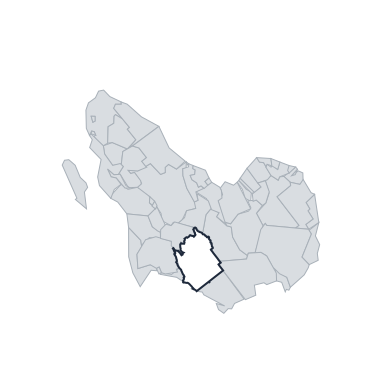 location of Sudan within Africa, rotated 142°
{"feature_id": "SDN", "entity_name": "Sudan", "entity_type": "country or territory", "adm_level": 0, "iso_a3": "SDN", "parent_name": "Africa", "parent_adm1": "", "projection": "equal_earth", "projection_center": [30.131, 15.434], "detail": "fine", "context": "in_parent", "style": "outline", "palette": "slate", "viewbox_px": 384, "rotation_deg": 142, "n_neighbors": 49, "source": "natural_earth", "source_scale": "50m", "svg_char_len": 14409}
<svg xmlns="http://www.w3.org/2000/svg" viewBox="0 0 384 384"><g transform="rotate(142 192 192)"><path d="M241.4,200.2L256.8,214.9L256.7,229.8L259.9,237.0L257.6,239.3L243.2,241.7L240.8,233.5L232.1,229.3L228.9,222.1L228.1,214.2L232.2,209.7L231.2,201.0L241.4,200.2Z" fill="#d9dde1" stroke="#a8b0b8" stroke-width="1"/><path d="M123.0,90.8L122.3,96.4L113.2,96.2L112.2,105.8L109.6,106.1L108.6,113.5L96.8,114.7L110.9,89.8L123.0,90.8Z" fill="#d9dde1" stroke="#a8b0b8" stroke-width="1"/><path d="M228.1,214.2L232.1,229.3L226.3,230.0L225.3,242.8L228.9,244.3L229.1,248.5L221.8,242.0L207.3,240.0L205.9,225.2L201.1,223.8L198.0,227.9L193.5,228.2L190.1,219.6L178.0,219.3L182.1,214.2L185.0,216.0L189.1,210.4L193.8,198.2L196.5,179.9L199.2,176.7L207.8,180.6L217.3,175.8L222.3,175.9L225.4,179.6L229.2,178.4L233.4,187.8L229.6,194.1L228.1,214.2Z" fill="#d9dde1" stroke="#a8b0b8" stroke-width="1"/><path d="M263.8,203.1L262.1,185.5L265.4,179.8L273.7,176.8L281.8,165.0L269.7,160.4L266.4,155.0L268.1,151.5L272.4,155.5L291.1,149.3L288.4,164.7L281.8,179.9L263.8,203.1Z" fill="#d9dde1" stroke="#a8b0b8" stroke-width="1"/><path d="M256.8,214.9L241.4,200.2L244.7,189.0L241.7,179.8L245.4,174.8L253.7,182.3L264.6,181.1L262.1,185.5L263.8,203.1L256.8,214.9Z" fill="#d9dde1" stroke="#a8b0b8" stroke-width="1"/><path d="M212.5,120.1L212.4,135.4L210.0,135.1L206.7,147.1L209.3,152.7L195.0,165.5L187.1,167.3L183.4,159.0L187.8,157.3L185.5,144.2L182.6,140.2L187.7,131.5L190.0,117.1L187.4,107.7L190.3,105.6L212.5,120.1Z" fill="#d9dde1" stroke="#a8b0b8" stroke-width="1"/><path d="M192.4,306.6L193.7,304.7L198.3,308.3L202.2,306.1L201.8,292.4L204.7,300.1L206.7,299.7L211.3,294.3L217.9,295.1L228.4,282.4L233.4,283.0L235.4,290.9L235.1,296.4L232.9,296.0L231.9,299.8L233.6,301.8L237.9,299.8L236.1,307.2L225.2,321.8L218.7,326.0L210.1,325.7L203.5,329.0L198.9,326.7L198.0,317.8L192.4,306.6ZM227.2,308.0L224.7,307.6L221.8,311.3L224.8,313.8L227.2,308.0Z" fill="#d9dde1" stroke="#a8b0b8" stroke-width="1"/><path d="M227.2,308.0L224.8,313.8L221.8,311.3L224.7,307.6L227.2,308.0Z" fill="#d9dde1" stroke="#a8b0b8" stroke-width="1"/><path d="M233.4,283.0L224.4,280.1L216.5,265.8L221.6,266.5L230.8,257.2L238.1,261.8L237.5,275.6L233.4,283.0Z" fill="#d9dde1" stroke="#a8b0b8" stroke-width="1"/><path d="M228.4,282.4L217.9,295.1L211.3,294.3L206.7,299.7L204.7,300.1L201.8,292.4L201.5,281.4L204.3,281.3L204.1,267.7L216.5,265.8L224.4,280.1L228.4,282.4Z" fill="#d9dde1" stroke="#a8b0b8" stroke-width="1"/><path d="M201.5,281.4L202.2,306.1L198.3,308.3L193.7,304.7L192.4,306.6L189.0,301.1L185.6,282.4L177.7,264.1L215.9,265.2L204.1,267.7L204.3,281.3L201.5,281.4Z" fill="#d9dde1" stroke="#a8b0b8" stroke-width="1"/><path d="M95.2,143.2L92.9,138.8L97.8,132.1L102.3,131.6L108.6,139.2L110.0,147.7L95.0,147.9L94.8,144.9L103.5,143.5L95.2,143.2Z" fill="#d9dde1" stroke="#a8b0b8" stroke-width="1"/><path d="M110.0,147.7L108.6,139.2L110.3,136.3L127.9,135.8L128.2,99.8L132.5,99.8L153.7,119.7L153.6,122.1L156.8,121.8L154.3,135.6L140.6,137.9L131.9,143.7L127.3,155.7L119.6,156.4L116.8,148.2L113.7,150.0L110.0,147.7Z" fill="#d9dde1" stroke="#a8b0b8" stroke-width="1"/><path d="M96.8,114.7L108.6,113.5L109.6,106.1L112.2,105.8L113.2,96.2L122.3,96.4L123.0,90.8L132.5,99.8L128.2,99.8L127.9,135.8L110.3,136.3L108.6,139.2L102.3,131.6L96.7,133.4L98.6,118.2L96.8,114.7Z" fill="#d9dde1" stroke="#a8b0b8" stroke-width="1"/><path d="M150.4,171.9L148.0,172.3L147.6,160.6L145.2,155.4L151.5,148.5L154.0,154.3L150.7,163.0L150.4,171.9Z" fill="#d9dde1" stroke="#a8b0b8" stroke-width="1"/><path d="M187.4,107.7L190.0,117.1L187.7,131.5L182.6,140.2L185.5,144.2L184.3,147.5L181.2,143.2L169.4,146.2L159.2,142.1L155.3,143.4L153.6,150.7L146.3,146.1L144.8,138.0L154.3,135.6L156.8,121.8L179.5,105.4L185.3,109.1L187.4,107.7Z" fill="#d9dde1" stroke="#a8b0b8" stroke-width="1"/><path d="M150.4,171.9L156.1,142.6L169.4,146.2L181.2,143.2L185.4,149.1L176.8,169.0L169.5,171.1L167.2,177.7L159.6,179.7L155.1,171.8L150.4,171.9Z" fill="#d9dde1" stroke="#a8b0b8" stroke-width="1"/><path d="M185.2,146.1L187.8,157.3L183.4,159.0L187.6,166.2L184.7,177.9L188.9,189.7L170.5,187.5L167.2,178.8L168.0,174.9L172.1,168.8L176.8,169.0L185.2,146.1Z" fill="#d9dde1" stroke="#a8b0b8" stroke-width="1"/><path d="M145.7,153.3L148.0,172.3L145.6,173.2L142.9,154.4L145.7,153.3Z" fill="#d9dde1" stroke="#a8b0b8" stroke-width="1"/><path d="M143.1,153.2L145.6,173.2L134.1,176.8L134.5,153.4L143.1,153.2Z" fill="#d9dde1" stroke="#a8b0b8" stroke-width="1"/><path d="M119.6,156.4L125.0,155.2L134.7,158.6L134.1,176.8L119.9,179.3L120.4,174.0L117.5,171.0L119.6,156.4Z" fill="#d9dde1" stroke="#a8b0b8" stroke-width="1"/><path d="M103.7,147.1L113.7,150.0L116.8,148.2L119.6,156.4L118.5,166.3L115.8,167.7L114.4,162.9L112.2,163.7L110.6,157.0L104.3,161.5L99.2,153.1L103.7,147.1Z" fill="#d9dde1" stroke="#a8b0b8" stroke-width="1"/><path d="M95.0,147.9L103.7,147.1L103.4,150.1L99.2,153.1L95.0,147.9Z" fill="#d9dde1" stroke="#a8b0b8" stroke-width="1"/><path d="M118.1,166.3L117.5,171.0L120.4,174.0L119.9,179.3L109.2,169.8L113.0,163.4L115.8,167.7L118.1,166.3Z" fill="#d9dde1" stroke="#a8b0b8" stroke-width="1"/><path d="M104.3,161.5L110.6,157.0L113.0,163.4L109.2,169.8L104.3,161.5Z" fill="#d9dde1" stroke="#a8b0b8" stroke-width="1"/><path d="M127.3,155.7L131.0,144.6L140.6,137.9L144.8,138.0L146.3,146.1L149.6,147.0L145.7,153.3L134.5,153.4L134.7,158.6L127.3,155.7Z" fill="#d9dde1" stroke="#a8b0b8" stroke-width="1"/><path d="M222.3,175.9L213.7,176.4L207.8,180.6L199.2,176.7L196.3,182.7L192.4,181.8L189.1,187.6L184.6,175.0L187.1,167.3L195.0,165.5L209.3,152.7L211.0,161.3L222.3,175.9Z" fill="#d9dde1" stroke="#a8b0b8" stroke-width="1"/><path d="M196.3,182.7L193.8,198.2L189.1,210.4L185.0,216.0L179.2,214.0L177.2,216.3L174.8,212.1L177.0,210.0L175.9,207.4L179.1,204.2L183.2,206.2L184.5,201.7L182.7,196.3L184.0,191.8L181.1,191.3L180.5,187.6L188.9,189.7L192.4,181.8L196.3,182.7Z" fill="#d9dde1" stroke="#a8b0b8" stroke-width="1"/><path d="M175.3,187.6L180.2,187.3L181.1,191.3L184.0,191.8L182.7,196.3L184.5,201.7L183.2,206.2L179.1,204.2L175.9,207.4L177.0,210.0L174.8,212.1L168.0,200.9L170.0,192.5L175.3,192.3L175.3,187.6Z" fill="#d9dde1" stroke="#a8b0b8" stroke-width="1"/><path d="M170.5,187.5L175.3,187.6L175.3,192.3L170.0,192.5L170.5,187.5Z" fill="#d9dde1" stroke="#a8b0b8" stroke-width="1"/><path d="M232.1,229.3L239.4,234.5L237.7,250.2L239.3,251.2L230.5,254.4L230.8,257.2L221.6,266.5L210.6,264.9L206.7,259.4L206.7,247.1L212.7,247.1L212.3,239.4L221.8,242.0L229.1,248.5L228.9,244.3L225.3,242.8L225.5,232.5L227.1,229.5L232.1,229.3Z" fill="#d9dde1" stroke="#a8b0b8" stroke-width="1"/><path d="M238.0,232.8L242.4,236.4L243.1,249.7L246.4,253.7L244.4,262.2L242.8,253.7L237.7,250.2L240.1,237.8L238.0,232.8Z" fill="#d9dde1" stroke="#a8b0b8" stroke-width="1"/><path d="M243.2,241.7L251.6,241.9L259.9,237.0L261.0,254.0L257.1,261.9L243.6,273.6L245.3,290.0L238.4,294.6L237.9,299.8L235.7,299.8L233.4,283.0L237.5,275.6L238.1,261.8L231.0,258.6L230.5,254.4L239.3,251.2L242.8,253.7L244.4,262.2L246.4,253.7L243.1,249.7L243.2,241.7Z" fill="#d9dde1" stroke="#a8b0b8" stroke-width="1"/><path d="M235.7,299.8L233.6,301.8L231.9,299.8L232.9,296.0L235.7,299.8Z" fill="#d9dde1" stroke="#a8b0b8" stroke-width="1"/><path d="M177.2,216.3L179.3,216.1L178.0,219.3L177.2,216.3ZM178.4,220.5L190.1,219.6L193.5,228.2L198.0,227.9L201.1,223.8L205.9,225.2L207.3,240.0L212.7,240.6L212.7,247.1L206.7,247.1L206.7,259.4L210.6,264.9L177.7,264.1L182.9,240.8L178.4,220.5Z" fill="#d9dde1" stroke="#a8b0b8" stroke-width="1"/><path d="M231.4,206.0L232.2,209.7L228.1,214.2L227.1,207.7L231.4,206.0Z" fill="#d9dde1" stroke="#a8b0b8" stroke-width="1"/><path d="M285.5,243.7L288.5,257.9L286.5,258.0L277.7,293.1L272.9,295.5L269.2,293.3L267.6,285.0L271.1,272.3L269.9,264.5L271.4,259.9L276.8,258.2L285.5,243.7Z" fill="#d9dde1" stroke="#a8b0b8" stroke-width="1"/><path d="M94.8,144.9L100.0,142.1L103.5,143.5L94.8,144.9Z" fill="#d9dde1" stroke="#a8b0b8" stroke-width="1"/><path d="M174.0,80.1L169.8,66.4L173.1,56.4L176.1,55.0L177.6,57.2L180.0,55.9L176.9,65.6L180.1,69.9L174.0,80.1Z" fill="#d9dde1" stroke="#a8b0b8" stroke-width="1"/><path d="M123.0,90.8L123.7,85.4L145.3,73.0L144.3,62.6L147.1,60.7L154.6,57.6L173.1,56.4L169.8,66.4L173.3,73.6L174.6,83.3L172.5,95.6L174.9,102.0L179.5,105.4L160.9,120.1L153.6,122.1L153.7,119.7L123.0,90.8Z" fill="#d9dde1" stroke="#a8b0b8" stroke-width="1"/><path d="M248.5,140.0L249.6,130.2L254.0,126.2L256.6,134.2L267.8,146.7L265.7,147.3L258.9,139.6L248.5,140.0Z" fill="#d9dde1" stroke="#a8b0b8" stroke-width="1"/><path d="M110.9,89.8L121.8,81.4L123.8,71.9L131.1,66.4L134.6,60.5L144.3,62.6L145.3,73.0L123.7,85.4L123.2,89.8L110.9,89.8Z" fill="#d9dde1" stroke="#a8b0b8" stroke-width="1"/><path d="M249.4,110.9L215.9,110.9L216.9,75.5L227.1,78.0L232.7,75.5L235.3,77.8L241.6,76.8L243.5,83.0L241.5,89.2L236.4,82.1L246.0,103.7L245.5,106.8L249.4,110.9Z" fill="#d9dde1" stroke="#a8b0b8" stroke-width="1"/><path d="M216.2,74.3L215.8,118.5L212.5,120.1L190.3,105.6L185.3,109.1L174.9,102.0L172.5,95.6L175.5,76.2L180.1,69.9L190.1,73.0L191.2,76.2L200.2,80.2L205.3,71.4L216.2,74.3Z" fill="#d9dde1" stroke="#a8b0b8" stroke-width="1"/><path d="M281.8,165.0L273.7,176.8L257.9,183.0L248.0,179.0L238.6,165.9L248.5,140.0L251.9,140.8L252.7,137.9L263.5,143.8L265.7,147.3L264.1,153.1L267.0,153.6L269.7,160.4L281.8,165.0Z" fill="#d9dde1" stroke="#a8b0b8" stroke-width="1"/><path d="M265.7,147.3L268.5,147.9L267.0,153.6L264.1,153.1L265.7,147.3Z" fill="#d9dde1" stroke="#a8b0b8" stroke-width="1"/><path d="M241.4,200.2L228.8,201.8L233.6,181.6L241.7,179.8L243.1,182.5L244.7,189.0L241.4,200.2Z" fill="#d9dde1" stroke="#a8b0b8" stroke-width="1"/><path d="M231.2,201.0L232.2,205.5L227.1,207.7L227.9,202.9L231.2,201.0Z" fill="#d9dde1" stroke="#a8b0b8" stroke-width="1"/><path d="M232.4,182.7L229.2,178.4L224.1,179.1L212.2,162.6L217.8,155.6L220.6,159.3L227.0,159.6L230.0,156.1L233.9,157.9L236.9,153.0L236.0,149.5L239.3,148.7L241.5,162.3L238.6,165.9L245.4,174.8L239.9,181.6L232.4,182.7Z" fill="#d9dde1" stroke="#a8b0b8" stroke-width="1"/><path d="M241.8,159.3L241.3,159.3L241.3,159.2L241.2,159.1L241.2,158.7L241.3,158.3L241.5,157.8L241.5,157.7L241.4,157.4L241.5,157.2L241.5,156.9L241.3,156.5L241.3,156.4L240.0,155.0L239.8,154.7L239.7,154.6L239.1,154.3L239.1,154.2L239.2,153.9L238.9,151.0L238.9,150.9L239.0,150.7L239.1,150.1L239.1,149.6L239.2,148.9L239.2,148.6L237.9,148.5L237.8,148.8L237.9,149.0L237.9,149.3L236.0,149.4L236.7,150.5L236.8,150.5L236.8,151.0L236.8,151.7L236.8,152.1L236.8,152.3L237.0,152.8L237.0,153.1L235.6,154.6L235.4,155.3L235.2,155.7L235.1,155.8L234.8,156.3L233.5,158.0L233.3,158.1L232.7,158.1L232.4,158.2L232.2,158.3L232.2,158.2L231.4,157.3L230.0,156.1L229.9,156.2L229.1,156.7L228.9,156.9L228.8,157.5L228.7,157.8L228.5,158.1L227.8,158.3L227.4,158.5L227.1,158.7L227.0,158.8L226.9,159.0L226.6,159.3L226.6,159.6L226.6,159.8L224.3,159.8L224.2,159.6L223.8,158.8L223.6,158.8L221.5,158.7L221.2,158.8L220.6,159.2L220.3,159.2L220.0,159.1L218.9,157.3L218.6,157.1L218.4,156.7L218.1,156.5L218.1,156.4L218.0,156.2L218.0,155.8L218.0,155.6L217.8,155.6L216.3,156.0L216.1,155.9L215.8,156.0L215.7,156.1L215.5,156.3L215.5,156.5L215.5,157.0L215.4,157.2L214.9,157.8L214.8,158.1L214.9,158.7L214.8,159.0L214.6,159.4L214.5,159.6L214.5,159.8L214.5,160.2L214.4,160.4L214.2,160.9L214.1,161.1L214.1,161.4L214.1,161.6L213.4,161.8L213.2,162.0L213.0,162.3L212.7,162.3L212.3,162.2L211.6,162.2L211.3,162.0L211.2,161.8L211.2,161.3L211.2,161.2L211.0,160.9L211.0,160.7L211.4,160.1L211.5,159.8L211.5,158.7L211.6,158.3L211.5,157.9L211.3,157.1L211.0,156.5L210.6,155.7L210.4,155.4L209.6,154.3L209.5,154.1L209.3,153.6L209.4,153.2L209.5,152.5L209.5,152.3L209.5,151.9L209.3,151.7L209.1,151.7L208.8,151.4L208.7,151.3L208.5,151.0L208.4,150.7L208.5,149.4L208.3,149.2L208.2,149.1L208.2,148.9L208.1,148.2L208.0,147.6L208.1,147.3L207.9,146.8L207.5,146.6L207.2,146.7L206.9,146.8L206.7,146.8L206.5,146.7L206.4,146.5L206.4,146.3L206.4,146.0L206.6,145.5L206.9,145.1L207.4,144.7L207.5,144.5L207.6,144.2L207.5,143.7L207.5,143.4L207.4,143.1L207.2,142.7L207.2,142.4L207.3,142.2L207.7,141.7L207.9,141.5L208.1,141.4L208.4,141.1L208.5,141.0L208.5,140.8L208.4,140.7L208.2,140.5L208.2,140.3L208.2,139.9L208.1,139.7L208.2,139.4L208.3,139.2L208.5,139.1L208.8,139.0L208.9,138.8L208.9,138.6L208.9,138.3L209.0,138.1L209.2,137.8L209.3,137.6L209.5,137.4L209.7,137.1L209.8,136.8L209.8,136.5L209.7,135.7L209.9,135.3L210.2,135.0L210.6,135.1L211.2,135.0L211.6,134.9L211.9,134.9L212.6,135.0L212.7,134.7L212.7,134.2L212.7,132.4L212.8,130.7L212.8,129.0L212.8,127.3L212.8,125.6L212.8,123.9L212.9,122.2L212.9,120.5L212.9,120.0L212.9,119.5L212.9,119.0L212.9,118.6L213.6,118.6L214.3,118.6L215.0,118.6L215.7,118.6L215.8,116.6L215.8,114.7L215.8,112.9L215.8,111.0L216.9,111.0L218.0,111.0L219.1,111.0L220.1,111.0L221.2,111.0L222.3,111.0L223.4,111.0L224.5,111.0L225.5,111.0L226.6,111.0L227.7,111.0L228.8,111.0L229.8,111.0L230.9,111.0L232.0,111.0L233.1,111.0L233.4,111.0L233.6,110.9L233.8,110.2L234.1,110.2L234.2,110.4L234.1,110.6L234.0,111.0L234.6,111.0L235.5,111.0L236.4,111.0L237.4,111.0L238.3,111.0L239.2,111.0L240.1,111.0L241.1,111.0L242.0,111.0L242.9,111.0L243.8,111.0L244.8,111.0L245.7,111.0L246.6,111.0L247.5,111.0L248.5,111.0L249.4,111.0L249.4,111.8L249.6,112.5L250.0,113.5L250.4,114.0L250.5,114.3L250.6,114.5L250.4,114.4L250.2,114.3L250.2,114.8L250.3,115.1L250.3,115.8L250.5,116.4L250.4,117.0L250.4,118.1L250.6,119.3L250.6,120.1L250.9,122.0L251.3,123.1L251.5,123.3L252.0,123.5L252.6,124.1L253.0,124.6L253.2,124.9L253.4,125.2L253.5,125.2L253.8,125.4L254.5,125.9L254.6,126.2L254.3,126.4L254.1,126.9L254.0,127.0L253.9,127.3L253.7,127.6L253.6,127.8L253.4,127.9L253.1,128.0L252.9,128.0L252.7,128.0L252.3,128.2L252.2,128.3L251.9,128.6L251.7,128.7L251.6,128.8L251.3,129.6L251.2,129.8L250.7,129.8L250.2,129.8L250.0,130.0L250.0,130.6L250.0,130.8L249.9,131.1L249.7,131.5L249.8,132.1L249.8,132.7L249.6,133.7L249.5,133.9L249.3,134.7L249.2,134.9L248.9,136.4L248.7,136.8L248.5,137.2L248.5,138.0L248.6,138.8L248.7,139.5L248.8,140.6L248.6,141.7L248.6,142.2L248.4,143.1L248.3,143.5L248.2,143.7L248.1,143.9L247.9,144.5L247.8,145.1L247.7,145.9L247.7,146.3L247.7,146.5L247.3,146.6L246.8,146.7L246.5,146.8L246.4,147.0L246.2,147.3L245.7,148.2L245.5,148.8L245.2,149.6L244.8,150.1L244.7,150.4L244.6,150.9L244.5,151.7L244.4,152.2L244.4,152.7L244.3,153.4L244.3,153.8L244.1,154.0L243.8,154.3L243.5,154.1L243.3,153.8L243.2,153.8L242.8,154.1L242.6,154.6L242.4,155.1L242.5,156.2L242.5,156.5L242.4,156.7L242.1,157.5L242.1,157.8L242.0,158.3L241.8,159.1L241.8,159.3Z" fill="none" stroke="#1e293b" stroke-width="2"/></g></svg>